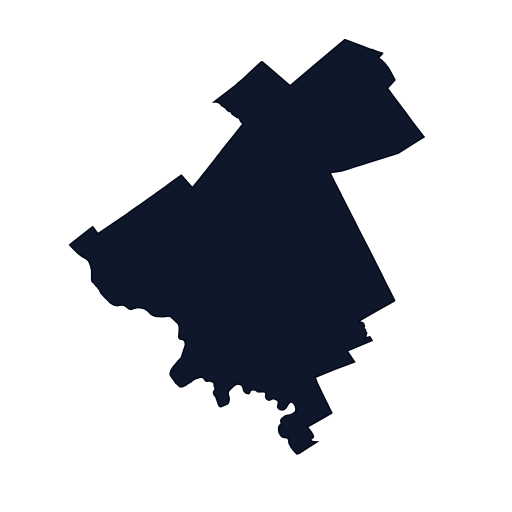 the district of Nucet, Dâmbovita, Romania, rotated 352°
{"feature_id": "2599482B97310589725824", "entity_name": "Nucet", "entity_type": "district", "adm_level": 2, "iso_a3": "ROU", "parent_name": "Romania", "parent_adm1": "Dâmbovita", "projection": "robinson", "projection_center": [25.548, 44.795], "detail": "fine", "context": "isolated", "style": "filled", "palette": "ink", "viewbox_px": 512, "rotation_deg": 352, "n_neighbors": 0, "source": "geoboundaries", "source_scale": "gbopen_adm2", "svg_char_len": 6053}
<svg xmlns="http://www.w3.org/2000/svg" viewBox="0 0 512 512"><g transform="rotate(352 256 256)"><path d="M256.5,438.4L257.5,439.3L259.7,439.8L261.3,440.3L262.5,441.4L262.7,443.7L262.7,446.2L264.1,450.2L265.9,453.3L267.8,456.2L269.0,457.8L269.6,457.7L271.6,457.3L283.1,451.9L290.5,448.6L288.3,448.2L285.7,447.4L284.5,446.0L284.6,445.5L285.0,444.9L286.5,444.2L287.3,443.7L287.7,443.1L287.7,442.2L287.5,441.3L287.2,440.3L286.8,439.3L286.0,437.7L285.5,436.6L284.9,435.6L282.9,432.4L285.0,431.7L293.2,428.5L294.9,427.8L298.5,426.4L301.5,425.2L304.1,424.1L308.3,422.4L308.6,422.2L308.8,422.1L309.3,421.9L308.4,419.5L305.7,411.2L301.9,399.6L298.7,389.3L297.7,384.4L318.0,379.2L338.9,374.6L333.0,362.7L359.2,355.8L357.5,351.9L352.7,352.3L353.6,350.4L354.9,347.7L354.1,345.7L354.1,344.0L352.8,343.4L352.8,342.0L353.7,340.5L353.3,339.2L353.2,337.9L351.9,336.7L349.4,335.6L346.5,335.7L368.4,326.9L386.5,319.9L387.1,319.2L385.6,315.0L385.1,313.5L383.7,309.3L382.1,304.8L380.7,300.8L379.4,296.7L378.9,295.2L378.7,294.5L377.7,291.4L375.9,286.1L374.1,281.1L372.6,276.4L370.2,269.4L367.8,262.4L365.7,256.4L363.2,249.4L360.2,240.6L359.3,238.1L359.2,237.4L357.0,231.2L353.4,220.7L350.9,213.6L350.4,211.9L350.0,210.9L349.5,209.5L349.2,208.7L348.8,207.1L348.2,205.4L347.1,202.3L346.9,201.7L346.7,201.3L346.7,201.0L346.5,200.7L346.2,199.9L346.0,199.1L345.8,198.6L345.5,197.8L345.3,197.2L345.2,196.7L344.8,195.8L344.8,195.7L344.2,194.1L343.8,192.6L343.6,191.9L343.4,191.4L342.7,189.4L342.4,188.5L341.8,186.6L341.2,184.8L341.0,184.4L340.7,183.7L341.2,183.7L346.7,183.8L351.4,183.7L353.5,183.6L358.4,182.8L365.6,181.5L380.8,179.0L403.7,175.2L411.0,174.0L411.7,173.7L432.7,164.2L437.1,162.3L439.0,161.5L438.3,160.5L434.8,154.2L429.7,145.3L423.8,134.2L414.8,118.0L409.5,108.1L417.9,101.2L418.0,100.7L413.5,88.6L410.3,83.1L407.4,79.4L407.0,78.9L406.1,78.2L405.6,77.2L405.1,76.2L406.3,75.5L407.7,74.5L408.9,73.6L409.3,73.1L409.5,72.8L408.8,72.5L408.0,72.1L407.4,71.8L405.7,71.1L404.1,70.2L402.8,69.5L400.9,68.4L399.8,67.7L399.5,68.0L397.0,66.7L393.7,64.8L385.3,60.2L374.7,54.4L373.9,54.2L352.6,67.5L330.0,81.7L324.5,85.2L313.8,92.0L313.5,92.2L301.3,78.3L289.2,64.6L288.3,64.5L285.2,66.6L275.3,73.5L275.0,73.7L274.4,74.2L272.2,75.8L268.9,78.1L267.3,79.2L266.0,80.0L264.8,80.7L263.0,81.8L262.2,82.3L261.6,82.7L261.1,83.1L260.5,83.6L260.3,83.8L260.1,83.9L235.9,97.6L237.1,97.7L239.1,98.3L240.7,99.2L242.0,100.4L242.5,101.7L243.3,102.6L244.9,103.8L246.4,105.1L247.1,106.3L247.9,107.7L248.5,108.3L249.1,108.6L249.5,109.2L250.6,109.4L251.3,109.7L251.6,110.5L252.0,111.9L252.3,112.4L252.9,112.8L253.7,113.5L254.3,114.1L255.7,115.2L256.2,115.9L256.8,116.3L257.6,116.7L258.5,116.9L258.9,117.6L259.0,118.6L259.4,119.9L259.5,120.5L259.9,121.2L260.6,121.9L261.3,122.4L262.0,123.0L261.7,123.3L261.2,123.7L260.4,124.4L260.3,124.5L253.0,131.5L241.5,142.3L236.7,146.8L234.3,149.4L231.4,152.0L228.3,155.2L221.6,161.5L217.9,165.2L214.8,168.0L210.5,172.2L204.9,177.3L202.8,179.2L202.6,179.4L202.5,179.5L193.3,165.6L192.9,165.9L192.6,166.0L184.3,170.2L178.4,173.4L178.3,173.5L177.7,173.9L177.6,174.0L167.6,179.1L167.1,179.3L165.9,180.0L166.0,180.1L165.7,180.2L161.3,182.5L160.0,183.1L159.2,183.5L156.5,184.9L152.9,186.8L147.1,189.8L144.1,191.2L141.6,192.5L138.7,194.0L134.0,196.5L130.9,198.1L126.3,200.3L125.8,200.6L124.1,201.4L122.0,202.4L113.5,206.6L102.6,211.9L102.4,211.6L101.8,210.5L100.5,208.4L100.2,207.7L99.6,206.3L98.3,204.3L91.2,208.4L76.7,216.8L73.0,219.1L75.8,223.0L80.3,228.8L82.0,230.6L83.4,232.0L84.7,233.1L86.9,234.5L89.3,237.2L90.2,239.6L90.8,242.5L91.1,245.3L91.3,247.1L90.7,251.7L90.1,255.2L90.1,258.4L91.9,260.5L92.6,261.6L93.3,263.0L94.3,264.2L95.5,266.4L96.3,267.9L96.9,269.7L97.3,271.2L98.8,273.3L100.0,275.2L101.6,277.3L102.8,278.7L103.6,279.7L104.3,280.8L105.2,282.1L106.5,283.2L108.1,284.5L111.6,285.9L114.4,285.8L116.9,285.9L118.3,286.4L119.7,287.5L121.0,288.7L122.7,290.5L123.7,291.1L124.7,291.5L126.2,291.2L127.8,290.9L131.5,290.6L135.2,291.4L138.1,292.6L140.7,294.8L142.7,297.3L143.8,298.9L146.2,300.8L147.5,301.4L149.2,302.1L151.0,302.3L153.0,302.8L156.9,303.3L158.4,303.3L160.0,303.3L162.0,303.6L163.5,304.7L164.8,306.3L165.8,307.6L167.4,309.6L169.5,312.2L170.1,314.7L170.0,316.7L169.2,321.1L168.9,322.3L168.2,325.3L168.7,327.2L169.9,327.9L172.7,328.9L173.8,331.1L173.7,334.3L167.8,346.4L164.0,349.4L161.2,352.0L158.7,354.1L155.8,357.6L154.6,360.3L154.6,362.1L155.7,364.5L156.8,366.4L158.0,368.8L158.8,370.6L160.7,372.7L162.4,374.9L163.8,375.2L165.1,375.2L168.4,374.2L170.9,372.8L173.2,372.0L176.0,370.4L178.7,369.2L181.3,368.7L184.1,368.3L186.2,368.8L187.5,370.1L188.6,372.4L189.6,373.2L192.4,373.2L195.6,374.6L196.6,375.6L196.8,377.0L196.6,378.3L196.6,379.6L196.9,380.2L197.2,381.2L197.1,382.1L196.4,383.1L195.4,384.1L194.8,385.8L195.4,388.1L196.6,389.8L198.3,398.5L198.8,399.5L199.3,400.0L199.9,400.4L200.8,400.3L201.8,400.0L204.9,399.2L207.2,398.5L208.1,397.7L208.8,396.6L209.4,394.4L209.7,393.1L209.6,392.1L209.4,391.0L209.2,389.7L209.2,388.1L209.7,386.5L210.9,385.3L212.5,384.0L216.0,381.5L218.5,380.4L220.5,380.3L223.0,381.3L224.2,382.6L224.9,384.9L225.1,387.7L226.3,389.7L227.9,390.8L229.2,391.3L229.7,391.2L230.1,391.0L230.7,390.4L231.3,389.1L232.0,388.4L233.1,388.0L234.2,388.0L235.3,388.2L237.0,388.9L238.0,389.8L238.6,390.6L239.6,390.9L241.0,391.1L243.1,391.3L244.7,391.5L246.0,392.0L246.5,392.9L246.6,394.5L245.9,396.7L246.1,397.8L246.8,399.3L248.2,400.4L249.1,400.6L250.1,400.4L251.6,400.0L253.0,399.6L254.3,399.9L255.5,400.8L256.9,401.6L257.6,402.5L257.8,404.2L257.4,405.6L256.8,407.1L256.4,408.6L256.7,409.4L257.2,410.2L258.0,411.1L258.7,411.5L260.2,412.0L261.6,412.1L263.0,411.7L264.1,410.9L264.9,410.1L266.2,408.5L267.6,406.8L269.0,405.7L270.9,405.5L272.0,406.1L273.0,407.6L274.0,409.7L274.2,411.8L274.2,413.5L273.5,415.6L271.0,417.1L268.6,417.9L266.7,418.2L265.0,418.2L263.5,418.2L261.8,418.9L260.1,419.9L258.6,420.9L257.7,422.0L257.6,423.4L257.7,424.2L257.9,424.9L257.7,425.5L257.2,425.9L255.7,427.1L255.0,428.2L254.4,429.5L254.2,432.3L254.2,433.9L254.9,435.7L255.7,437.5L256.5,438.4Z" fill="#0f172a" stroke="#020617" stroke-width="1.5"/></g></svg>